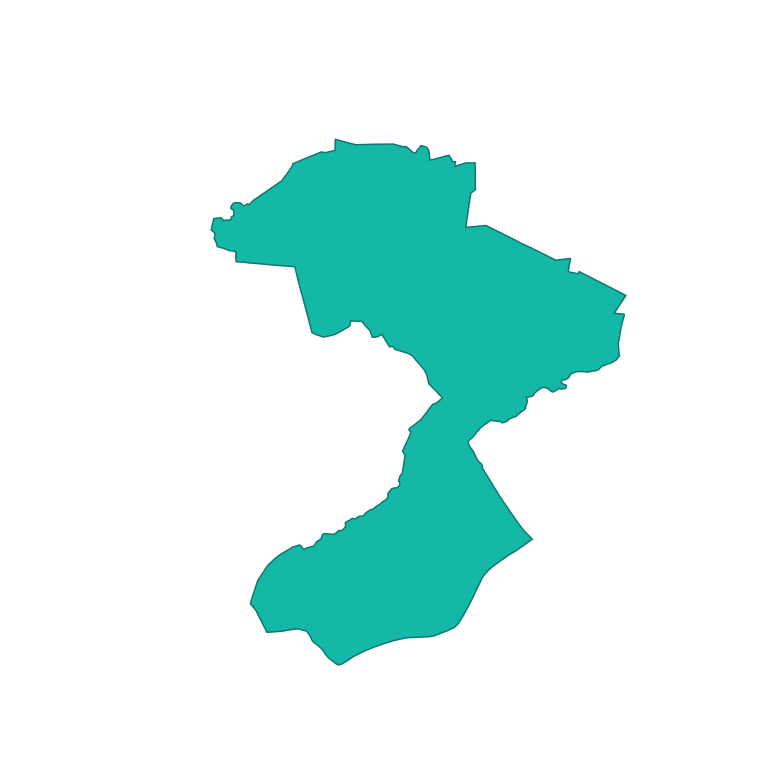 Dorolt, Satu Mare, Romania (Equal Earth projection), rotated 322°
{"feature_id": "2599482B34553912089918", "entity_name": "Dorolt", "entity_type": "district", "adm_level": 2, "iso_a3": "ROU", "parent_name": "Romania", "parent_adm1": "Satu Mare", "projection": "equal_earth", "projection_center": [22.775, 47.851], "detail": "fine", "context": "isolated", "style": "filled", "palette": "teal", "viewbox_px": 768, "rotation_deg": 322, "n_neighbors": 0, "source": "geoboundaries", "source_scale": "gbopen_adm2", "svg_char_len": 6171}
<svg xmlns="http://www.w3.org/2000/svg" viewBox="0 0 768 768"><g transform="rotate(322 384 384)"><path d="M405.3,597.6L403.9,584.6L404.1,575.5L404.8,562.5L406.0,544.5L409.9,509.7L410.7,509.6L411.1,509.4L411.3,508.9L411.4,508.2L411.5,507.4L411.5,505.9L410.9,504.2L410.8,503.1L410.9,500.7L412.1,495.8L412.3,494.7L412.7,493.5L412.7,492.2L412.9,491.3L413.0,489.7L413.0,486.9L413.4,484.4L413.4,483.6L414.8,481.5L415.6,480.8L420.7,480.6L423.8,480.1L427.8,478.9L430.3,478.6L432.4,478.1L433.2,477.8L445.9,478.3L447.8,480.6L449.8,482.7L451.4,484.1L452.3,484.7L452.7,485.4L453.1,487.3L453.4,487.5L455.2,488.3L458.6,489.2L459.1,489.1L460.0,488.6L461.6,488.8L466.7,490.2L466.8,490.4L468.9,490.9L469.6,490.6L469.7,490.4L479.7,490.6L485.3,486.7L486.3,485.8L487.3,484.0L488.0,482.1L490.2,483.4L493.6,484.9L494.3,485.1L494.5,485.1L494.9,484.9L495.2,484.6L497.8,483.8L498.9,483.9L499.9,483.8L500.4,483.7L502.6,483.7L503.3,483.9L505.0,484.0L506.2,484.3L507.9,485.1L509.2,486.6L510.3,488.3L510.9,491.4L511.3,492.8L511.7,493.6L512.4,494.4L512.9,494.6L513.7,494.6L515.2,494.9L515.8,494.9L519.6,495.5L520.9,497.4L522.4,498.2L524.0,499.1L524.9,499.1L526.1,498.3L526.6,497.7L526.7,496.8L525.7,495.3L524.7,493.5L525.0,491.7L525.5,491.1L527.5,490.9L528.3,491.1L528.8,491.9L530.0,492.3L531.7,492.6L533.1,492.6L534.1,492.5L534.2,492.2L535.1,491.9L535.6,492.0L536.5,491.0L536.9,490.9L537.9,490.8L538.3,491.1L538.6,491.6L541.1,492.1L542.5,492.5L544.2,493.5L545.6,494.4L547.1,495.7L548.0,496.1L548.2,496.4L548.6,497.0L549.7,497.9L551.0,499.5L551.9,499.7L552.3,499.8L552.8,500.6L553.5,501.0L556.2,502.1L558.0,503.3L559.3,503.9L562.2,504.9L562.8,504.8L564.7,504.2L566.4,504.3L567.1,504.1L567.7,504.2L568.5,504.9L569.0,505.2L571.4,505.6L572.3,505.8L574.7,506.9L576.7,507.4L581.8,508.0L587.0,506.7L588.2,504.3L589.4,502.5L591.5,499.3L593.8,496.1L597.8,492.6L602.2,488.4L607.4,483.9L615.5,477.9L616.2,476.8L609.0,470.0L629.1,463.1L607.0,415.6L604.7,416.5L598.8,409.6L598.7,409.1L598.7,408.6L602.1,405.4L608.0,400.2L608.0,399.8L597.5,393.3L597.3,393.3L595.4,392.1L594.7,390.3L583.8,367.4L578.2,356.7L575.6,350.6L562.0,322.0L545.0,311.0L548.3,307.6L564.0,292.6L569.4,287.6L570.5,287.1L575.9,287.1L576.7,285.6L582.6,278.1L591.9,265.8L589.6,264.1L584.9,260.4L582.0,259.1L573.7,256.1L577.2,252.8L575.0,251.3L575.2,251.1L576.0,243.8L570.5,241.3L563.1,238.3L557.7,235.6L558.1,235.3L559.2,234.1L559.8,233.0L560.2,232.4L561.8,230.1L562.5,228.4L562.8,227.8L563.2,226.4L563.3,223.9L562.9,222.9L562.2,221.9L561.3,220.9L560.8,220.7L560.7,220.2L560.9,219.9L560.3,219.3L559.6,218.9L556.8,219.8L555.0,220.0L553.9,220.3L553.3,220.5L552.0,221.2L551.3,221.7L549.4,219.4L548.5,214.7L547.8,211.0L547.6,210.7L544.2,207.7L539.1,200.7L522.9,188.3L509.2,178.2L508.5,177.5L508.6,177.4L506.1,174.5L496.8,161.8L496.3,161.2L489.2,169.8L480.9,165.9L479.9,165.3L477.5,162.5L476.0,162.2L459.1,157.4L448.1,154.4L444.3,156.4L436.9,158.6L431.2,160.1L428.7,160.9L395.4,159.0L394.9,159.1L394.6,158.9L390.4,159.4L388.8,159.9L387.1,157.8L383.3,157.7L382.1,152.7L378.4,149.4L375.9,148.9L372.7,150.0L371.4,151.4L372.3,153.9L371.9,155.7L370.2,157.6L369.3,158.9L366.9,158.3L365.0,159.7L364.7,160.1L364.4,160.3L363.8,160.2L363.1,159.5L360.8,157.8L358.3,156.5L358.1,153.9L357.8,153.3L357.7,152.5L351.8,148.9L349.0,151.0L342.6,156.3L343.6,160.4L342.1,163.1L339.8,164.5L338.7,169.8L337.2,173.1L341.6,179.0L344.1,183.5L347.2,186.5L348.8,189.5L348.1,189.6L344.8,193.3L344.3,194.4L342.8,196.5L349.1,202.4L352.1,205.4L355.1,208.1L371.3,223.3L384.4,235.3L385.9,236.7L381.9,245.6L378.3,253.7L364.0,287.6L361.9,292.1L360.6,295.1L358.9,299.2L361.1,303.5L365.1,309.6L370.3,312.3L376.1,314.8L382.5,315.9L392.5,317.3L396.8,313.8L400.3,317.0L402.5,319.0L405.0,320.5L405.5,330.7L405.8,333.7L404.1,338.3L403.6,339.9L405.4,341.3L406.9,342.2L408.1,342.8L410.9,343.3L412.9,343.8L412.9,344.0L412.0,351.1L411.3,358.3L413.9,359.5L414.1,359.7L414.1,360.0L413.9,363.4L422.1,375.0L423.9,380.0L423.8,384.8L424.2,390.3L424.4,397.5L423.6,402.5L421.8,406.4L419.5,411.8L420.7,422.0L421.5,430.9L417.2,431.2L413.2,431.3L410.8,430.2L409.6,430.1L406.2,430.9L399.8,432.7L394.6,433.9L391.6,434.7L389.2,434.9L385.4,434.7L383.0,434.9L377.8,434.7L375.9,435.0L375.4,435.7L375.6,437.5L375.4,438.6L374.7,438.9L373.4,439.9L366.9,443.4L357.3,448.2L356.7,453.2L343.5,465.5L341.6,466.0L340.3,466.3L339.3,466.8L338.1,467.9L337.1,468.3L336.3,468.8L335.8,469.5L335.8,470.9L334.3,473.1L333.1,473.6L330.2,473.7L328.4,472.4L327.2,471.8L325.2,471.3L319.7,472.7L318.9,473.6L318.3,474.8L316.1,476.2L314.7,476.2L312.7,476.3L310.3,475.9L307.4,476.2L302.7,475.7L301.2,475.7L300.5,475.8L298.7,475.9L297.7,476.1L296.8,475.1L295.4,474.8L293.0,474.4L289.7,474.5L288.1,475.0L286.5,475.0L285.9,474.9L285.2,474.6L284.1,473.5L283.2,473.1L278.5,472.5L277.2,471.8L276.7,470.8L276.1,470.3L275.6,470.1L273.4,470.3L271.2,469.7L268.4,469.4L267.7,470.0L267.0,471.4L266.3,472.2L265.3,472.9L262.0,473.5L260.6,473.5L260.0,473.2L258.7,471.9L257.9,471.6L254.3,471.9L251.9,471.7L246.0,466.1L245.0,465.3L243.5,464.8L242.7,464.9L239.8,466.8L238.8,467.3L237.8,467.3L236.4,467.1L234.7,466.8L233.2,466.9L230.1,468.3L229.1,468.6L228.1,468.3L225.0,466.7L223.1,466.0L219.5,465.0L218.7,464.1L218.9,461.2L218.9,460.2L218.4,459.1L217.8,458.6L212.9,456.9L212.2,456.4L197.1,454.5L193.1,454.5L191.6,454.3L180.6,455.4L163.4,461.2L145.5,473.2L143.3,475.4L143.4,476.8L144.2,479.2L143.6,479.1L143.8,481.9L143.5,484.4L140.9,497.3L138.9,507.7L151.3,515.9L158.0,519.5L162.6,522.1L165.3,523.9L166.5,524.9L167.6,526.9L169.1,528.8L170.3,530.0L170.8,532.0L170.9,532.8L170.7,536.9L170.1,539.4L169.5,541.5L169.6,544.7L170.2,546.7L171.0,549.4L172.0,555.5L171.5,560.4L171.6,565.6L172.1,567.8L172.9,570.6L173.9,574.7L174.5,576.4L175.9,577.8L178.4,578.7L182.9,579.3L191.7,579.9L199.7,581.4L205.1,582.6L214.3,585.2L220.7,587.3L233.2,591.9L236.5,593.6L238.5,594.4L245.7,598.0L248.9,600.2L256.9,605.8L259.6,607.9L262.4,609.9L267.6,612.9L273.3,614.8L279.6,616.7L282.4,617.5L289.0,619.0L290.1,619.1L292.7,618.9L294.8,618.5L300.1,616.7L305.4,614.7L314.8,610.5L322.2,607.1L333.2,601.5L336.2,600.2L341.9,597.2L347.4,595.7L351.3,595.1L357.1,594.7L366.1,595.0L377.6,595.6L381.5,596.2L384.9,596.6L405.3,597.6Z" fill="#14b8a6" stroke="#0f766e" stroke-width="1.5"/></g></svg>